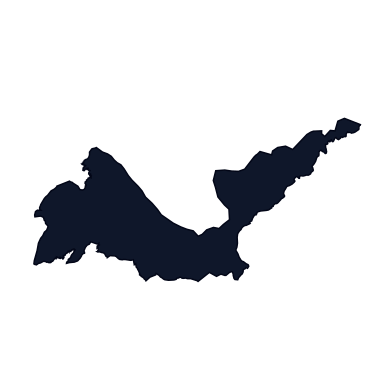 Fanteakwa South, Eastern, Ghana (Robinson projection), rotated 14°
{"feature_id": "2480657B5172435396617", "entity_name": "Fanteakwa South", "entity_type": "district", "adm_level": 2, "iso_a3": "GHA", "parent_name": "Ghana", "parent_adm1": "Eastern", "projection": "robinson", "projection_center": [-0.395, 6.371], "detail": "fine", "context": "isolated", "style": "filled", "palette": "ink", "viewbox_px": 384, "rotation_deg": 14, "n_neighbors": 0, "source": "geoboundaries", "source_scale": "gbopen_adm2", "svg_char_len": 5946}
<svg xmlns="http://www.w3.org/2000/svg" viewBox="0 0 384 384"><g transform="rotate(14 192 192)"><path d="M339.1,85.9L322.1,83.7L316.4,88.0L316.0,98.1L311.3,98.8L307.4,106.0L303.6,104.1L303.0,101.3L295.0,103.7L292.8,105.2L289.6,108.4L279.4,126.4L271.7,124.9L264.4,128.1L260.3,132.7L260.3,136.7L248.2,136.3L246.3,139.5L245.0,140.9L243.7,143.1L237.6,157.1L232.2,160.7L225.5,162.1L218.5,162.8L209.9,165.6L209.9,175.7L213.7,181.9L218.4,190.6L226.6,196.7L232.0,199.7L235.1,209.8L230.3,215.9L227.1,220.9L221.4,221.2L215.4,225.2L212.2,230.6L208.7,233.4L202.6,229.4L196.0,229.4L189.6,228.6L181.4,226.8L167.7,221.6L162.7,217.3L156.0,212.6L148.1,208.2L143.3,203.1L138.3,199.5L131.0,195.1L126.2,191.5L120.5,186.0L116.4,182.8L112.3,181.7L108.8,179.8L105.0,176.9L100.9,175.5L95.5,174.9L88.4,172.0L87.6,172.7L84.6,174.2L84.2,174.8L82.9,178.1L83.5,180.3L83.6,181.7L83.4,183.4L82.6,185.3L81.3,186.0L79.8,187.5L79.9,188.7L79.3,189.2L79.7,189.8L78.8,190.5L79.2,191.1L78.3,191.5L78.9,191.9L79.3,191.4L79.7,191.6L80.2,191.3L80.6,192.1L81.0,192.4L82.0,191.9L82.4,192.0L82.3,192.6L81.1,192.9L81.4,194.0L80.5,195.2L80.9,195.7L80.8,197.2L81.5,197.5L82.5,197.2L82.6,196.3L83.7,194.8L84.0,194.6L84.3,195.1L84.6,194.5L85.4,194.1L85.5,194.4L84.9,194.9L85.2,195.3L86.3,195.9L87.7,195.9L87.2,198.2L87.4,199.5L87.8,199.7L89.2,199.1L89.3,199.3L88.8,199.9L88.8,200.6L89.9,200.3L90.3,200.6L90.1,200.9L89.5,200.9L89.4,201.4L89.8,202.2L90.5,202.1L90.6,202.6L89.9,202.4L87.9,203.7L87.8,204.9L86.8,205.9L86.9,207.4L86.0,208.0L86.1,209.4L87.7,211.1L87.0,212.1L87.4,212.8L87.0,215.3L85.2,216.6L82.7,216.8L79.9,214.0L75.0,212.4L73.0,211.5L72.0,211.7L70.5,211.1L59.5,219.0L59.6,219.5L58.9,220.8L57.7,222.5L55.0,225.0L52.7,230.2L51.4,231.9L50.3,234.0L48.3,240.8L48.2,242.6L47.9,243.7L48.3,245.3L49.8,246.2L47.5,246.9L46.4,247.0L44.9,248.8L44.9,252.4L45.6,254.1L50.9,252.0L53.3,252.3L54.3,253.0L55.6,255.3L56.7,255.7L57.6,258.0L60.4,259.8L60.7,260.9L60.2,264.3L58.5,266.7L57.8,270.5L56.4,273.5L55.4,278.8L55.9,286.5L55.6,296.7L56.0,300.0L56.7,300.3L58.7,300.3L60.3,298.4L62.1,297.5L64.6,295.2L66.6,294.9L67.9,295.3L68.7,294.9L69.7,295.2L71.5,294.9L71.7,294.4L72.2,294.3L72.0,293.6L73.5,293.0L74.7,290.0L75.3,289.9L75.4,288.8L75.8,288.4L76.3,288.9L76.3,288.5L76.6,288.4L76.5,288.1L76.9,288.3L77.0,287.8L79.3,288.4L79.6,287.9L79.9,288.0L79.7,287.4L80.3,287.4L80.4,287.8L80.7,288.0L82.1,287.0L82.7,288.2L83.0,288.2L83.4,287.1L83.0,286.7L83.3,286.6L83.5,286.5L82.7,284.9L83.3,284.8L83.3,284.3L83.6,284.1L84.2,283.9L84.2,283.0L85.0,281.8L85.5,281.6L85.7,280.7L86.1,280.3L86.1,279.5L86.6,279.6L87.2,280.1L87.1,279.3L87.5,279.4L87.7,278.9L87.9,279.2L88.5,279.1L88.4,278.7L88.8,278.7L89.3,277.8L89.3,277.3L89.6,277.3L90.0,276.7L90.6,277.0L90.7,276.2L91.1,275.8L92.4,276.2L92.2,278.1L91.7,279.0L91.7,280.2L91.0,280.9L90.3,282.6L90.0,285.2L88.3,287.3L88.5,289.1L87.4,290.4L87.5,291.6L90.0,290.2L94.8,288.5L97.7,286.5L99.5,283.2L100.2,281.0L100.3,279.7L100.8,279.0L100.8,278.4L102.5,277.4L102.3,276.5L101.5,275.6L101.4,275.1L101.9,271.6L103.1,268.9L105.0,267.4L105.8,264.8L112.7,265.4L113.8,264.4L113.7,265.3L114.6,265.5L115.0,265.8L114.8,266.2L114.2,266.3L113.1,267.4L113.3,268.5L113.4,268.2L113.8,268.1L114.2,268.8L114.3,269.6L114.9,270.1L115.1,270.9L114.8,271.6L114.9,272.5L114.3,272.8L114.9,273.0L116.9,272.4L119.6,272.6L120.3,272.3L120.8,272.4L122.5,273.3L124.0,275.1L125.0,275.5L125.7,275.5L125.8,276.0L127.8,273.6L132.4,272.7L134.0,272.9L136.8,274.5L138.2,274.9L140.8,274.6L141.7,274.1L143.3,273.7L149.2,273.1L151.5,271.9L153.6,276.5L154.7,275.2L156.1,278.4L157.8,279.5L157.9,280.0L159.4,281.6L160.8,283.5L161.2,285.1L162.8,285.6L163.2,286.2L164.3,286.4L166.3,287.3L166.5,287.8L168.1,288.5L168.8,289.3L171.8,284.8L176.8,281.2L176.8,279.7L180.2,280.8L182.0,282.1L183.3,282.4L185.5,283.4L186.8,283.7L190.6,283.3L195.8,281.7L197.7,280.6L198.2,279.3L199.9,278.6L200.7,277.6L201.9,277.5L203.0,278.0L204.3,277.9L206.8,277.0L208.3,277.2L211.8,276.4L218.4,276.8L219.5,277.3L228.3,265.8L236.2,267.9L239.5,265.0L240.5,264.7L243.8,265.0L245.1,264.7L247.8,261.0L249.4,259.8L250.3,259.7L251.7,261.4L252.3,263.2L253.7,265.7L254.8,266.5L257.6,266.1L257.9,263.9L259.9,260.0L260.5,259.4L260.9,257.3L260.5,254.8L262.0,253.7L262.6,252.3L264.3,252.6L265.0,250.4L264.4,249.3L263.9,248.9L262.1,248.6L258.8,247.2L257.2,247.0L256.3,246.6L253.6,244.0L251.4,240.8L248.5,237.8L248.9,234.7L248.5,230.7L246.8,225.1L246.4,221.5L247.4,218.4L248.6,216.6L249.0,214.7L249.7,213.5L251.2,211.8L252.7,211.2L255.8,208.7L256.0,208.3L255.2,208.0L255.1,207.5L255.3,207.0L256.9,205.6L257.1,202.9L258.1,199.6L258.5,199.1L259.7,198.6L259.5,197.9L260.0,197.6L260.1,195.9L260.7,195.3L263.2,193.8L268.5,191.9L270.6,190.9L273.2,188.1L273.0,187.3L273.5,186.6L274.2,186.3L274.1,185.5L274.9,183.9L275.4,183.3L277.0,182.7L277.9,181.7L280.1,177.6L280.2,177.0L281.4,176.0L282.8,174.1L282.7,173.3L281.3,171.7L281.1,169.9L281.2,168.5L282.0,166.2L282.5,164.1L283.1,163.3L284.8,162.3L287.2,160.1L288.8,157.7L289.2,156.5L287.9,155.5L288.2,153.9L289.2,152.2L289.9,151.7L291.4,152.2L292.2,152.8L292.9,152.7L292.7,151.2L292.8,150.7L293.5,149.9L295.9,149.6L297.7,148.7L298.6,148.0L301.0,147.4L302.6,145.8L302.9,144.0L304.2,142.4L304.4,141.5L303.3,139.3L302.6,138.7L302.3,138.0L303.7,135.0L304.5,132.2L304.7,128.4L305.4,127.0L306.2,126.3L306.2,125.3L305.5,122.5L305.8,121.7L306.3,120.7L306.9,120.4L307.4,120.4L308.8,121.2L309.7,121.0L312.0,122.4L312.6,122.1L312.9,121.6L312.7,119.8L312.1,119.2L311.9,118.1L310.9,116.5L310.0,113.5L311.4,113.1L312.0,112.3L311.7,111.0L312.2,109.5L312.8,109.3L313.6,109.9L314.0,109.2L314.2,107.9L314.6,107.6L315.5,108.8L315.9,109.1L316.5,109.1L317.0,108.3L317.5,105.8L318.0,104.6L318.6,104.3L320.0,105.4L321.5,105.7L323.1,103.8L323.3,102.7L323.6,102.4L324.9,102.6L326.0,101.5L327.7,101.1L328.0,100.6L327.5,98.3L328.4,96.1L329.4,96.4L330.6,96.0L331.8,96.0L332.4,96.3L334.7,95.2L335.0,94.8L335.7,94.4L338.6,91.1L338.7,90.5L338.2,88.5L338.4,87.1L339.0,86.6L339.1,85.9Z" fill="#0f172a" stroke="#020617" stroke-width="1.5"/></g></svg>